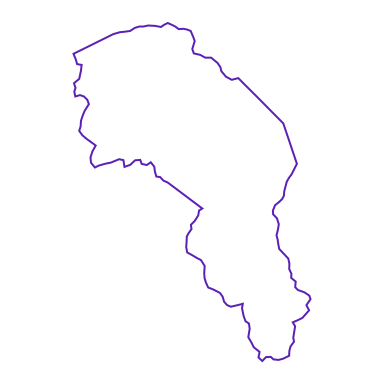 outline of Diamante, Paraíba, Brazil
{"feature_id": "56859067B40702424285398", "entity_name": "Diamante", "entity_type": "district", "adm_level": 2, "iso_a3": "BRA", "parent_name": "Brazil", "parent_adm1": "Paraíba", "projection": "albers", "projection_center": [-38.317, -7.445], "detail": "fine", "context": "isolated", "style": "outline", "palette": "violet", "viewbox_px": 384, "rotation_deg": 0, "n_neighbors": 0, "source": "geoboundaries", "source_scale": "gbopen_adm2", "svg_char_len": 2056}
<svg xmlns="http://www.w3.org/2000/svg" viewBox="0 0 384 384"><path d="M283.3,123.4L271.9,111.9L257.1,96.9L243.6,83.5L238.3,78.1L231.8,79.8L226.1,76.8L221.4,71.3L220.4,67.2L217.6,63.0L211.2,57.7L205.3,57.7L200.3,54.9L193.8,53.4L192.3,49.0L194.7,41.1L193.3,37.1L190.7,31.0L187.0,29.5L183.4,28.8L178.7,29.1L175.2,26.5L171.8,24.8L167.7,23.0L164.0,24.9L160.9,27.0L155.3,25.9L148.2,25.5L143.5,26.5L139.4,26.5L134.8,27.9L130.0,31.0L124.0,31.8L119.9,32.2L113.3,34.1L73.5,53.8L75.8,59.5L77.1,64.1L81.6,64.9L81.0,70.6L79.2,78.9L74.0,83.2L75.5,87.9L74.3,91.7L75.3,96.5L80.0,95.1L84.0,96.5L87.3,99.8L88.9,104.1L86.7,107.6L84.7,110.8L82.8,115.3L81.0,120.7L80.6,126.4L79.2,130.9L82.4,135.3L86.5,138.8L90.9,142.0L95.7,145.5L92.4,151.5L90.5,157.4L91.0,162.7L94.9,167.5L98.7,165.6L105.0,163.8L110.9,162.6L115.0,160.9L119.1,159.2L123.4,160.1L124.5,166.9L130.3,164.8L135.1,160.3L140.2,159.9L141.7,163.9L146.8,165.0L150.8,162.3L154.3,166.7L154.9,171.5L156.3,176.5L160.2,177.1L163.4,180.6L167.7,182.5L202.3,208.5L199.1,210.5L198.2,215.5L194.7,221.0L190.9,224.8L191.5,229.0L188.6,233.2L186.8,236.5L186.6,242.1L186.2,247.1L187.2,252.4L191.7,254.9L196.9,258.0L200.9,260.0L204.7,266.0L204.2,273.2L204.6,278.3L206.0,282.8L208.2,287.5L213.5,289.6L219.9,292.9L222.6,296.6L224.1,301.7L227.1,305.1L230.9,306.7L237.4,305.2L242.8,303.8L242.0,308.1L243.6,315.9L245.5,321.2L248.9,323.5L249.7,328.7L248.3,337.2L251.5,342.7L253.8,347.3L259.6,351.9L258.5,357.5L262.3,361.0L266.0,357.1L270.8,356.9L273.5,359.4L278.6,359.9L283.1,358.7L289.1,355.8L289.4,350.7L290.6,346.3L294.0,341.7L293.3,337.6L295.1,326.3L292.8,322.3L297.5,320.3L302.4,317.9L309.1,310.3L306.4,305.2L310.5,299.2L309.3,295.6L304.4,292.3L297.9,290.0L295.2,287.2L295.7,281.6L291.2,277.9L291.4,273.8L289.2,269.0L289.4,263.7L288.3,258.6L279.2,248.9L278.2,243.6L277.6,239.3L276.5,235.4L278.0,229.3L278.8,224.1L276.9,218.2L273.1,214.3L272.9,210.6L275.1,205.2L279.2,201.9L282.1,199.1L283.9,195.8L284.2,191.5L285.3,187.2L286.8,181.6L289.0,177.8L291.6,174.3L296.9,163.8L283.3,123.4Z" fill="none" stroke="#5b21b6" stroke-width="2"/></svg>